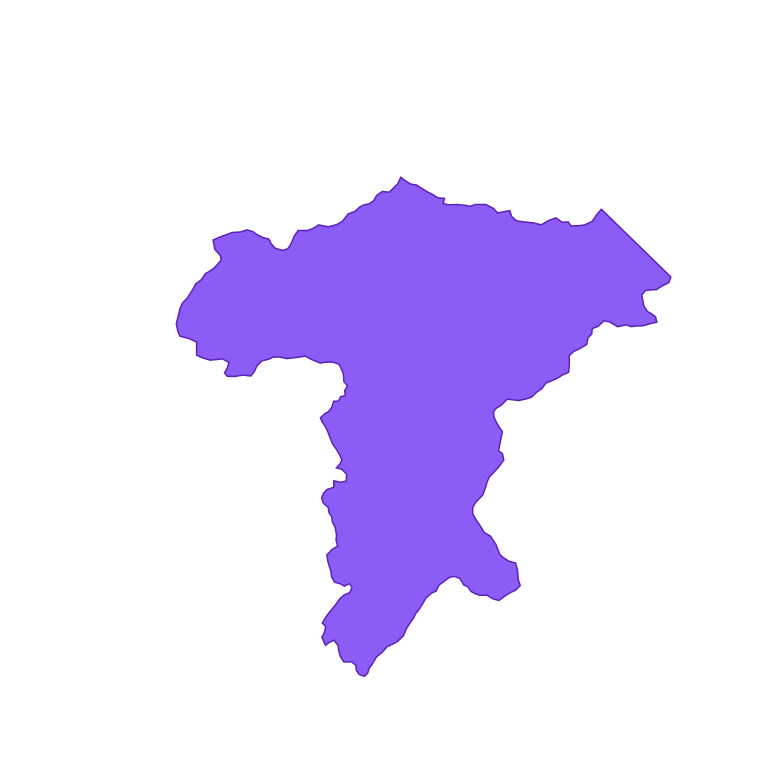 the district of Aurilândia, Goiás, Brazil, rotated 211°
{"feature_id": "56859067B84953153729740", "entity_name": "Aurilândia", "entity_type": "district", "adm_level": 2, "iso_a3": "BRA", "parent_name": "Brazil", "parent_adm1": "Goiás", "projection": "mercator", "projection_center": [-50.529, -16.677], "detail": "fine", "context": "isolated", "style": "filled", "palette": "violet", "viewbox_px": 768, "rotation_deg": 211, "n_neighbors": 0, "source": "geoboundaries", "source_scale": "gbopen_adm2", "svg_char_len": 3735}
<svg xmlns="http://www.w3.org/2000/svg" viewBox="0 0 768 768"><g transform="rotate(211 384 384)"><path d="M313.8,147.3L309.0,146.1L307.1,140.3L306.8,135.0L303.1,132.2L299.5,130.0L297.8,134.3L294.9,138.7L288.4,136.0L285.6,132.2L281.1,127.9L275.3,125.1L268.7,129.1L263.4,128.4L260.2,124.3L255.8,122.3L250.3,123.3L249.1,127.9L250.3,132.6L249.8,137.9L249.9,146.1L247.3,153.5L246.0,160.5L242.3,166.0L239.7,170.5L237.7,178.2L238.8,185.9L238.6,193.1L238.1,198.3L238.6,203.0L237.8,209.5L237.7,215.3L237.8,222.0L235.6,229.3L232.7,233.2L233.3,239.9L230.6,246.4L228.0,252.4L224.2,255.5L218.7,256.4L212.3,252.9L207.6,253.3L202.6,251.0L197.3,251.2L193.1,252.2L187.1,256.0L179.8,256.0L173.9,257.7L171.3,264.3L167.9,270.8L165.0,275.1L163.4,281.4L168.1,285.4L173.9,293.4L179.0,298.3L185.8,296.4L193.0,296.7L197.1,297.6L205.4,304.1L214.3,308.4L221.8,308.4L228.1,311.8L235.9,315.4L241.2,318.5L244.4,324.0L244.4,330.0L242.2,339.7L243.8,348.2L245.1,353.0L245.9,358.5L244.5,364.3L243.0,371.4L242.2,380.5L246.6,385.3L251.4,385.7L254.2,393.4L257.9,404.0L263.7,406.7L269.3,409.9L272.8,412.4L275.8,416.5L275.3,421.0L272.4,426.7L270.6,434.4L266.1,436.5L260.2,439.1L254.9,444.0L250.8,448.6L248.8,456.0L246.4,461.0L245.7,468.0L243.2,471.5L238.4,478.0L235.9,483.3L231.8,489.1L235.0,495.8L237.2,499.6L239.8,503.5L238.2,509.6L234.7,514.7L230.6,522.3L232.9,528.6L231.7,533.9L234.0,538.7L230.2,543.7L228.0,551.4L222.8,553.4L213.3,553.4L206.7,559.5L201.6,560.5L198.0,563.5L192.1,567.2L186.5,573.2L182.0,577.5L185.9,581.4L190.9,582.0L195.5,581.8L201.4,584.7L209.0,593.1L207.8,599.1L203.1,602.5L199.1,605.3L195.9,611.7L192.1,617.5L193.2,623.5L287.7,645.7L288.8,639.1L289.3,630.7L294.1,623.5L299.0,619.7L305.2,615.8L309.5,617.8L314.7,614.4L322.3,614.9L327.4,608.4L331.3,601.3L338.3,599.3L347.2,595.2L354.5,592.1L360.9,593.3L365.5,597.4L374.7,589.2L380.5,590.9L389.3,590.3L393.7,587.6L397.9,585.1L401.7,580.6L406.6,578.9L413.9,575.4L421.7,570.4L426.3,569.3L427.7,574.2L433.9,571.3L440.6,571.5L446.5,571.0L458.9,571.3L464.0,569.1L470.4,569.3L476.1,569.8L475.3,563.2L478.2,551.1L484.6,548.2L487.4,541.8L487.3,535.6L489.5,530.8L493.3,527.4L495.9,523.4L497.7,517.3L502.3,511.3L503.4,502.2L506.6,496.3L512.8,490.0L522.0,486.7L525.0,480.7L528.7,476.1L536.7,471.4L537.1,464.2L535.8,456.0L536.2,450.3L539.6,446.4L547.1,444.3L553.2,446.2L557.3,448.9L563.2,447.2L570.7,446.6L574.9,447.1L580.9,445.5L585.0,440.6L592.3,435.6L596.2,430.6L601.0,424.6L604.6,419.4L598.5,412.4L590.2,409.7L587.5,406.2L588.5,399.7L589.7,394.9L591.6,390.8L593.9,386.7L594.3,379.3L596.9,373.1L596.6,366.0L596.9,356.6L598.4,349.6L597.6,343.1L595.9,338.1L594.3,332.6L592.8,328.3L587.8,323.0L583.5,319.9L575.0,322.4L566.3,323.5L559.4,312.2L553.2,312.9L545.2,314.9L535.3,322.4L528.0,322.6L526.6,317.1L526.4,311.3L522.3,309.9L515.9,313.5L509.6,318.9L502.3,322.3L501.5,328.3L502.3,334.2L500.6,341.0L495.6,345.8L492.9,349.9L487.8,353.2L480.3,355.8L472.7,361.6L465.8,367.4L459.9,367.6L454.8,368.3L449.2,369.2L445.8,372.3L439.2,376.4L432.8,377.8L428.8,375.3L424.0,371.7L419.6,365.4L414.4,363.7L414.2,358.0L411.2,354.1L414.6,350.8L414.2,345.8L418.1,343.4L416.7,336.7L417.4,331.7L419.5,327.9L421.1,322.3L417.1,319.4L413.0,317.7L408.2,314.6L403.6,311.0L397.2,306.2L390.8,303.3L385.3,300.3L381.1,297.4L380.6,292.8L381.6,287.6L376.1,289.2L369.5,287.4L366.4,281.3L370.3,277.5L377.2,275.2L373.8,269.6L378.6,264.1L379.5,259.4L378.8,254.1L374.5,250.5L368.2,249.5L365.1,245.5L360.5,243.3L357.0,239.0L351.9,235.9L346.8,229.9L344.9,225.8L340.3,221.2L343.3,215.3L344.9,207.9L340.5,202.8L336.6,199.2L332.7,195.8L329.7,191.7L324.2,188.7L318.1,190.3L313.8,190.3L310.7,195.1L306.8,193.4L305.9,187.5L309.6,182.5L311.3,177.0L311.8,170.0L313.1,161.3L313.8,154.4L313.8,147.3Z" fill="#8b5cf6" stroke="#5b21b6" stroke-width="1.5"/></g></svg>